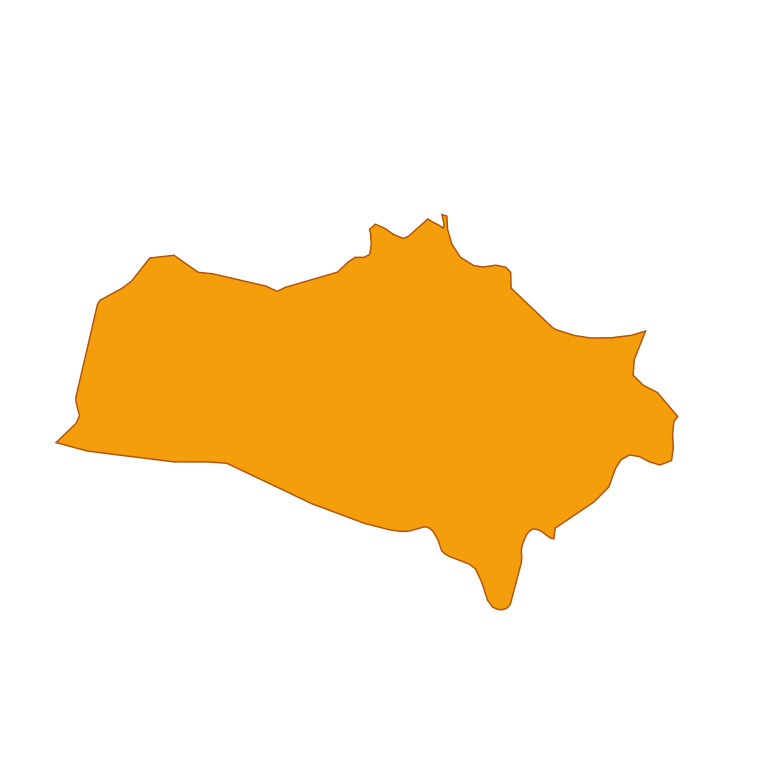 an SVG outline of Lattakia, rotated 108°
{"feature_id": "SYR-134", "entity_name": "Lattakia", "entity_type": "Province", "adm_level": 1, "iso_a3": "SYR", "parent_name": "Syria", "parent_adm1": "", "projection": "equal_earth", "projection_center": [36.019, 35.573], "detail": "fine", "context": "isolated", "style": "filled", "palette": "amber", "viewbox_px": 768, "rotation_deg": 108, "n_neighbors": 0, "source": "natural_earth", "source_scale": "10m", "svg_char_len": 1593}
<svg xmlns="http://www.w3.org/2000/svg" viewBox="0 0 768 768"><g transform="rotate(108 384 384)"><path d="M468.1,176.6L478.7,174.6L479.1,177.8L478.8,178.7L477.4,183.4L476.5,185.7L475.5,188.7L475.0,191.9L475.2,194.9L475.9,197.7L478.7,200.1L483.0,201.8L492.1,202.7L497.0,202.5L500.6,201.7L506.0,199.5L511.2,198.2L554.4,195.8L557.4,196.8L560.0,198.6L562.2,201.9L563.1,205.1L563.1,208.5L562.5,211.8L557.7,218.6L541.8,230.2L531.6,239.9L528.9,247.3L527.9,268.5L526.6,273.8L524.9,277.5L515.3,284.7L508.9,291.9L507.1,296.2L506.8,299.7L507.9,302.3L515.3,313.4L517.6,318.2L519.2,323.7L520.9,333.1L522.6,359.4L520.2,415.4L508.1,508.0L508.5,511.2L512.5,527.3L523.0,559.9L539.4,645.0L541.1,677.8L516.6,664.7L508.1,663.8L499.3,669.6L494.7,672.0L492.1,672.9L396.6,681.1L392.1,679.9L373.8,662.6L364.0,655.8L336.8,645.8L336.6,645.8L326.5,623.5L335.2,595.3L332.1,580.9L327.4,526.4L328.9,514.3L322.5,507.6L291.9,462.7L278.9,455.7L272.5,450.6L269.8,442.3L265.1,437.6L254.9,439.3L245.0,443.3L241.5,445.5L234.7,441.6L235.6,432.1L238.9,420.6L239.5,410.5L235.7,406.2L213.5,393.3L214.6,389.2L216.0,380.9L217.5,376.1L213.6,376.1L204.9,381.3L204.9,376.1L217.6,371.2L230.2,362.5L239.9,350.4L243.6,335.4L242.2,326.0L236.5,314.5L235.3,304.2L238.7,298.0L253.6,292.7L278.0,241.8L279.2,237.3L279.0,217.7L276.4,201.6L269.7,181.9L261.2,163.6L252.8,151.6L283.4,153.6L298.6,149.8L305.0,137.3L307.7,121.2L324.2,94.5L330.2,96.7L342.7,94.0L355.5,89.0L367.9,86.9L375.8,96.6L376.0,107.4L374.1,118.4L375.5,128.4L382.8,135.2L392.7,137.7L412.5,138.4L431.2,147.8L468.1,176.6Z" fill="#f59e0b" stroke="#b45309" stroke-width="1.5"/></g></svg>